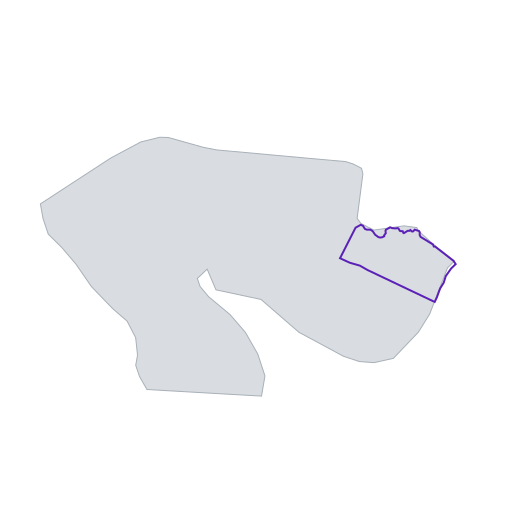 Alaili Dadda, Obock, Djibouti (highlighted), rotated 61°
{"feature_id": "41766387B98599288227121", "entity_name": "Alaili Dadda", "entity_type": "district", "adm_level": 2, "iso_a3": "DJI", "parent_name": "Djibouti", "parent_adm1": "Obock", "projection": "albers", "projection_center": [42.912, 12.453], "detail": "fine", "context": "in_parent", "style": "outline", "palette": "violet", "viewbox_px": 512, "rotation_deg": 61, "n_neighbors": 0, "source": "geoboundaries", "source_scale": "gbopen_adm2", "svg_char_len": 1606}
<svg xmlns="http://www.w3.org/2000/svg" viewBox="0 0 512 512"><g transform="rotate(61 256 256)"><path d="M381.2,319.1L364.8,345.1L343.8,378.3L319.9,416.1L304.9,416.3L293.3,414.2L285.3,407.7L269.0,400.8L250.5,400.3L232.8,406.8L202.9,414.8L175.9,417.4L154.2,421.8L136.2,427.1L120.0,424.1L105.9,419.3L103.0,379.1L99.9,335.5L100.4,301.4L105.5,282.6L109.8,275.3L135.3,249.5L144.2,238.9L173.3,196.1L198.3,159.3L216.9,131.8L222.6,126.4L230.5,121.2L236.0,122.7L272.1,149.3L278.4,148.5L290.5,140.3L301.4,111.9L309.1,101.6L312.4,101.9L335.5,93.9L356.5,84.9L359.2,94.3L391.0,132.3L401.4,151.1L412.1,185.4L406.5,204.5L398.3,216.9L386.1,228.1L343.6,255.4L296.4,272.7L266.2,307.4L243.8,305.1L247.2,318.2L255.5,319.7L268.6,317.2L294.6,307.1L317.7,302.3L342.7,302.0L365.2,306.3L381.2,319.1Z" fill="#d9dde1" stroke="#a8b0b8" stroke-width="1"/><path d="M382.8,122.0L382.1,121.0L379.8,117.8L375.6,113.0L373.6,110.6L370.3,104.7L365.6,99.8L362.2,92.8L361.5,91.3L359.9,85.3L356.0,85.6L336.4,94.0L334.5,94.8L333.9,95.9L331.8,95.6L319.4,102.6L319.1,102.8L317.1,102.7L314.5,101.3L313.2,101.3L309.9,104.4L310.5,106.1L310.6,106.9L310.2,107.7L308.1,108.4L308.4,109.5L307.5,111.1L307.7,115.6L307.3,115.9L305.4,115.7L304.3,117.5L303.7,118.0L300.9,118.1L300.2,118.7L299.6,120.5L297.7,123.3L295.9,124.8L296.0,129.7L296.7,130.5L298.4,131.2L299.0,131.5L300.1,134.0L300.9,134.3L300.8,136.5L300.1,138.4L298.8,139.8L295.1,141.5L290.9,141.9L288.4,143.2L287.0,145.8L286.8,146.2L285.1,147.6L281.5,147.8L279.5,149.2L279.5,155.2L298.7,183.6L307.5,177.1L314.8,169.8L322.4,165.2L382.8,122.0Z" fill="none" stroke="#5b21b6" stroke-width="2"/></g></svg>